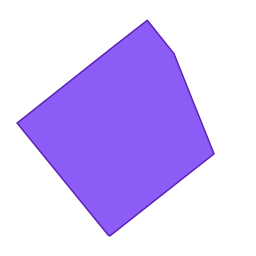 Randolph, Missouri, United States of America, rotated 230°
{"feature_id": "52423323B90263846548439", "entity_name": "Randolph", "entity_type": "district", "adm_level": 2, "iso_a3": "USA", "parent_name": "United States of America", "parent_adm1": "Missouri", "projection": "natural_earth1", "projection_center": [-92.479, 39.428], "detail": "fine", "context": "isolated", "style": "filled", "palette": "violet", "viewbox_px": 256, "rotation_deg": 230, "n_neighbors": 0, "source": "geoboundaries", "source_scale": "gbopen_adm2", "svg_char_len": 355}
<svg xmlns="http://www.w3.org/2000/svg" viewBox="0 0 256 256"><g transform="rotate(230 128 128)"><path d="M199.8,165.2L200.4,144.7L203.1,46.2L58.6,44.0L57.0,44.7L54.3,134.3L54.2,137.4L52.9,177.3L104.2,194.1L107.6,195.2L155.4,211.0L176.7,211.5L177.4,211.5L198.1,212.0L199.6,171.6L199.8,165.2Z" fill="#8b5cf6" stroke="#5b21b6" stroke-width="1.5"/></g></svg>